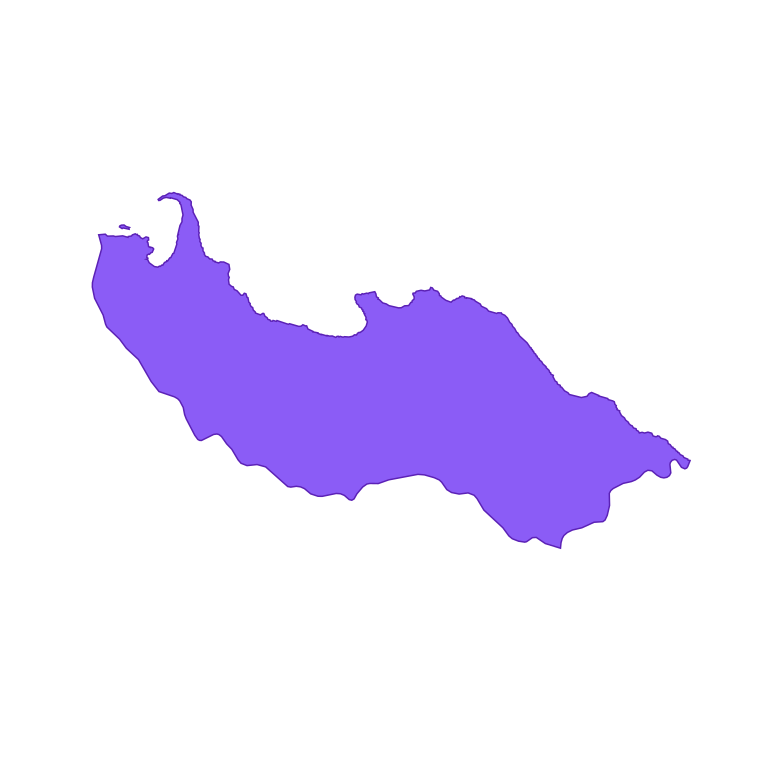 Miches, El Seybo, Dominican Republic, rotated 16°
{"feature_id": "3306468B50398630049357", "entity_name": "Miches", "entity_type": "district", "adm_level": 2, "iso_a3": "DOM", "parent_name": "Dominican Republic", "parent_adm1": "El Seybo", "projection": "mercator", "projection_center": [-69.004, 18.966], "detail": "fine", "context": "isolated", "style": "filled", "palette": "violet", "viewbox_px": 768, "rotation_deg": 16, "n_neighbors": 0, "source": "geoboundaries", "source_scale": "gbopen_adm2", "svg_char_len": 6144}
<svg xmlns="http://www.w3.org/2000/svg" viewBox="0 0 768 768"><g transform="rotate(16 384 384)"><path d="M699.4,372.5L699.0,373.4L697.2,373.4L696.8,372.5L692.5,372.0L691.2,370.7L688.2,370.2L686.5,368.8L685.2,368.8L684.8,367.9L683.5,367.9L681.4,366.1L679.7,366.1L679.3,365.2L678.0,365.2L675.8,363.4L673.7,363.0L672.4,360.7L669.8,359.8L665.1,359.8L663.0,358.4L661.3,358.4L660.8,359.3L659.6,359.8L657.0,359.8L654.9,357.5L651.0,357.5L648.0,359.3L645.4,359.3L642.9,360.7L641.6,359.3L639.5,358.9L638.6,357.5L636.0,357.5L633.9,355.7L632.6,355.7L630.0,354.4L629.6,353.5L626.2,352.1L624.5,350.3L621.0,348.9L618.0,345.8L618.0,344.9L615.0,344.4L615.0,343.5L613.3,342.1L613.3,340.8L611.6,339.9L610.3,337.6L608.6,337.2L603.9,337.2L603.1,336.3L593.6,336.3L593.6,335.8L585.9,334.9L583.8,336.7L582.5,339.9L577.4,342.6L565.0,343.0L563.3,341.7L559.4,340.8L555.6,338.1L554.3,338.1L553.8,336.7L550.8,336.3L549.6,334.4L547.8,334.0L544.4,330.4L544.4,329.0L541.8,328.6L541.0,327.2L540.1,327.2L538.9,325.4L535.4,323.6L535.0,322.7L531.2,320.9L529.4,319.1L526.9,318.1L526.4,317.2L524.3,316.3L523.5,315.0L522.6,315.0L521.7,313.6L519.6,312.7L518.7,311.3L517.9,311.3L517.0,310.0L516.2,310.0L515.3,308.6L514.5,308.6L510.2,305.0L501.2,300.5L498.2,297.8L497.3,297.8L494.3,294.6L491.8,293.2L490.5,291.4L487.9,290.1L484.5,286.5L481.1,284.6L478.1,284.2L477.2,283.3L473.8,284.2L472.9,285.1L464.4,285.1L461.8,283.3L456.2,282.4L454.5,280.6L449.0,279.2L447.7,278.3L444.7,278.3L444.7,277.8L439.6,278.3L439.6,278.8L437.8,278.8L437.4,277.8L434.8,277.8L433.6,279.2L432.7,279.2L432.7,280.1L431.4,281.5L430.6,281.5L428.4,284.2L427.6,284.2L425.9,286.9L420.3,286.5L415.1,284.6L414.3,283.7L413.0,283.7L412.2,281.9L410.0,280.1L406.2,280.1L404.0,278.3L402.3,278.3L401.9,281.0L397.6,283.3L393.8,283.7L389.5,286.0L389.0,287.8L386.9,288.7L386.9,289.6L389.0,291.9L389.5,294.1L388.2,296.0L388.2,297.8L387.3,298.2L386.1,301.8L382.2,303.2L379.6,305.9L377.1,306.8L367.2,307.3L364.2,306.4L360.4,306.4L356.1,304.1L354.8,304.1L354.8,302.8L352.7,302.3L351.4,299.6L349.7,297.8L344.5,300.5L344.1,301.4L342.4,301.4L339.4,303.2L338.1,303.2L337.3,304.6L333.4,305.0L332.1,306.4L332.1,308.6L333.0,310.9L334.7,312.3L334.7,313.2L336.0,314.5L337.7,315.0L339.0,316.8L341.5,317.2L342.4,318.6L343.2,318.6L343.7,320.0L344.5,320.0L345.4,321.8L346.2,321.8L346.2,322.7L348.4,324.9L348.8,327.2L349.7,327.2L350.9,329.0L350.9,333.1L349.2,338.1L346.7,341.2L345.8,341.2L344.5,342.6L344.1,344.4L342.0,344.9L340.7,346.7L337.3,348.5L333.0,349.4L331.7,350.3L328.7,350.3L327.8,351.2L327.0,350.7L325.7,351.2L324.8,352.5L321.0,352.1L318.4,353.0L315.9,353.0L315.9,353.5L309.9,353.5L309.9,353.9L306.4,353.5L306.4,353.0L301.3,353.5L301.3,353.0L295.7,352.1L293.6,349.4L292.7,349.8L289.7,349.4L288.4,351.2L286.3,352.1L276.5,352.1L275.6,353.0L263.6,352.5L263.2,353.5L259.8,353.5L259.4,354.4L257.6,354.8L256.8,353.9L254.6,353.9L253.4,352.5L250.8,351.6L249.1,349.4L248.2,349.4L246.1,351.6L240.9,351.2L240.5,350.3L237.9,348.9L236.7,346.7L234.9,346.2L233.2,344.4L233.2,343.5L231.5,342.6L229.4,338.5L228.5,338.5L226.4,335.3L224.7,335.3L223.8,337.6L222.1,338.1L217.0,334.9L214.0,334.4L212.3,332.2L210.6,332.2L207.6,330.8L205.8,326.7L205.8,324.0L205.0,323.6L203.7,320.9L204.1,316.3L202.0,311.8L196.4,310.9L193.0,311.8L191.7,313.2L187.9,313.2L187.9,312.7L185.7,312.7L184.4,311.3L181.9,311.8L179.7,310.4L177.2,310.4L175.4,308.6L175.4,307.7L173.3,305.9L172.5,303.2L171.6,303.2L169.9,301.4L169.4,299.1L167.7,297.8L167.3,295.5L166.5,295.1L164.7,291.4L164.7,289.6L163.9,288.7L162.6,283.3L161.7,282.8L160.9,279.7L153.2,271.5L152.3,268.8L149.3,265.2L148.5,262.0L146.8,260.6L143.3,260.2L142.1,259.3L139.5,259.3L138.2,258.4L135.6,258.4L135.6,257.9L133.5,257.9L133.5,258.4L129.2,257.9L127.5,259.3L124.9,259.7L121.5,263.4L119.4,264.3L116.0,268.8L116.8,269.7L118.1,269.2L120.7,266.1L123.2,264.7L127.5,264.3L127.5,263.8L134.4,263.8L137.8,265.6L137.8,266.5L139.5,267.9L144.2,276.9L144.2,280.6L145.1,283.7L144.2,287.8L144.6,296.9L145.1,296.9L144.6,298.7L145.9,301.4L145.5,305.0L146.3,306.8L145.9,316.3L145.1,316.8L144.2,321.3L143.3,321.8L142.1,325.4L141.2,325.4L141.2,326.3L139.5,327.7L138.6,330.8L137.8,330.8L136.5,332.6L135.6,332.6L134.4,334.0L130.9,334.4L124.9,332.2L122.4,329.5L121.5,329.5L122.4,329.0L122.4,328.1L121.1,327.7L120.7,325.4L121.9,324.0L122.8,324.0L123.7,322.2L124.9,321.3L125.4,317.7L124.1,316.8L121.5,316.8L121.5,317.2L119.8,316.8L118.1,313.2L117.2,312.7L117.2,311.3L118.1,310.4L117.2,308.2L114.7,308.2L112.1,310.9L109.5,310.4L108.2,309.1L106.5,309.1L105.7,308.2L105.2,308.6L103.5,308.2L101.0,310.0L100.5,311.3L97.5,312.7L97.5,313.6L92.0,313.6L85.1,316.3L83.0,316.3L77.4,318.1L74.8,316.8L68.6,319.2L74.3,328.6L75.3,331.8L75.5,361.2L75.8,367.0L76.9,371.2L82.2,381.4L95.0,395.1L99.9,403.3L101.9,405.6L117.4,413.7L126.4,420.6L141.3,428.2L159.5,445.8L169.8,453.3L186.1,454.1L189.7,455.0L192.3,456.5L197.5,461.9L200.8,468.4L203.5,472.0L216.2,485.4L220.3,488.6L222.2,489.0L224.1,488.6L234.2,479.4L237.2,478.1L239.3,478.1L242.3,479.3L249.2,484.9L255.7,488.7L264.7,497.2L268.4,499.6L274.8,500.2L284.2,496.4L293.1,496.3L319.7,509.1L322.8,508.8L327.9,506.5L332.1,505.9L336.4,506.5L343.8,509.8L351.5,510.1L355.6,509.0L368.2,502.4L372.4,501.5L376.6,502.0L382.4,504.7L385.1,504.6L386.9,502.7L388.2,497.1L391.9,488.9L395.1,484.9L397.8,483.5L405.9,481.3L415.0,474.8L441.5,461.5L447.9,460.2L458.1,460.2L463.6,461.0L466.5,462.5L473.5,468.2L478.8,469.7L486.5,469.1L494.9,465.5L501.3,466.1L505.0,468.5L514.8,477.7L537.9,489.4L545.9,495.6L550.0,497.4L556.6,498.0L562.9,497.2L564.5,496.3L569.0,490.8L572.7,489.5L583.0,492.9L598.9,493.2L597.9,487.7L597.9,483.2L598.7,480.0L601.2,476.2L605.4,472.4L613.8,467.7L624.0,459.0L632.3,456.0L634.0,453.8L634.8,448.7L634.3,438.6L630.7,427.0L631.4,423.9L633.1,421.3L641.3,413.6L648.7,409.6L652.0,407.0L655.4,403.1L658.6,396.9L661.4,394.2L665.4,393.6L671.5,396.4L675.7,397.4L678.9,397.1L681.7,395.7L683.6,393.4L684.2,390.4L681.0,382.5L680.9,380.6L682.0,377.9L684.2,376.4L686.2,376.5L692.9,382.1L696.6,382.6L698.1,381.4L698.7,379.7L699.4,372.5ZM90.3,302.8L87.7,303.7L86.4,305.0L86.4,305.9L89.4,306.8L90.3,305.9L96.3,305.5L95.8,304.6L96.3,303.7L92.8,303.7L90.3,302.8Z" fill="#8b5cf6" stroke="#5b21b6" stroke-width="1.5"/></g></svg>